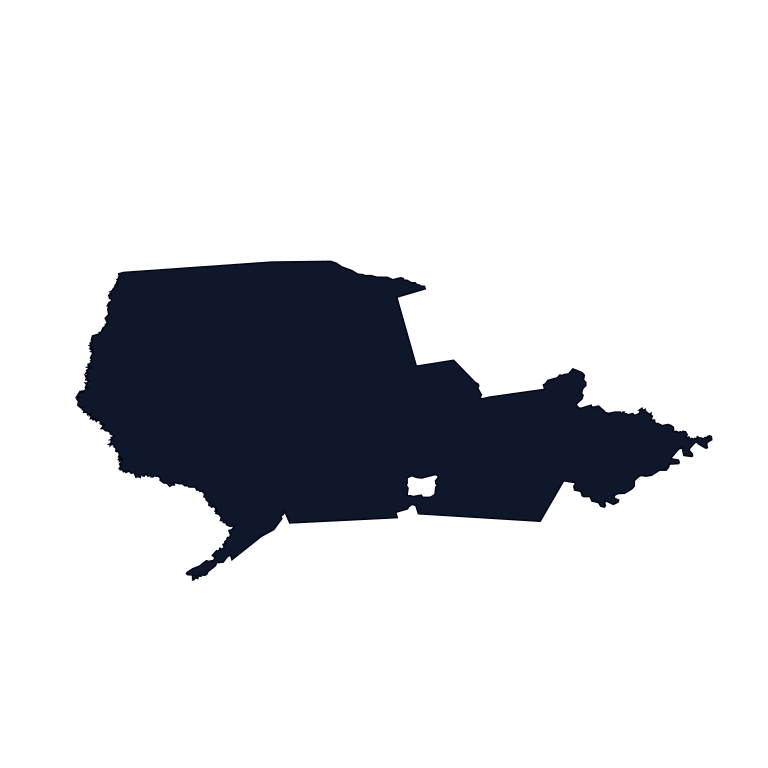 Corumbá, Mato Grosso do Sul, Brazil (Equal Earth projection), rotated 254°
{"feature_id": "56859067B41518599225549", "entity_name": "Corumbá", "entity_type": "district", "adm_level": 2, "iso_a3": "BRA", "parent_name": "Brazil", "parent_adm1": "Mato Grosso do Sul", "projection": "equal_earth", "projection_center": [-56.958, -19.058], "detail": "fine", "context": "isolated", "style": "filled", "palette": "ink", "viewbox_px": 768, "rotation_deg": 254, "n_neighbors": 0, "source": "geoboundaries", "source_scale": "gbopen_adm2", "svg_char_len": 6134}
<svg xmlns="http://www.w3.org/2000/svg" viewBox="0 0 768 768"><g transform="rotate(254 384 384)"><path d="M532.2,309.5L563.0,164.5L563.1,159.3L559.9,159.4L560.1,158.4L559.2,158.6L558.0,156.2L557.1,157.2L555.7,155.2L553.7,155.6L553.3,154.7L554.1,154.2L552.4,152.3L551.7,153.0L551.3,152.2L551.2,153.1L549.7,149.3L548.8,149.4L548.1,146.2L547.4,147.3L545.7,146.5L546.3,145.5L544.9,145.1L545.2,143.8L541.8,143.8L541.3,145.5L538.4,144.7L538.1,142.1L535.4,139.5L534.7,140.9L531.9,139.0L526.8,138.6L524.0,134.1L520.2,134.8L517.8,134.1L518.1,132.7L516.3,132.0L515.6,130.1L513.9,129.2L514.8,128.8L511.9,126.6L511.7,124.2L510.6,124.6L510.6,117.1L507.2,114.9L507.2,115.9L505.8,115.4L504.3,112.9L503.1,114.4L502.2,111.4L500.8,113.2L499.6,111.4L498.7,113.3L498.2,111.5L496.5,113.4L496.0,111.2L494.5,113.0L489.9,109.0L488.3,110.1L487.4,108.6L486.5,109.6L484.5,106.5L484.5,104.9L482.6,104.8L481.7,106.1L481.9,103.3L480.3,105.3L479.0,101.9L478.2,102.4L476.3,100.2L476.2,101.9L474.9,102.7L474.4,100.8L473.0,100.9L474.5,99.3L471.3,99.5L470.2,98.5L468.7,101.7L466.6,98.2L467.2,97.2L465.3,97.9L463.8,96.6L462.5,98.3L462.8,96.0L460.9,96.2L459.9,92.8L460.4,91.7L459.0,91.8L460.7,89.8L455.9,84.5L455.4,87.1L454.2,84.6L451.5,85.6L448.0,83.8L444.7,86.0L444.9,87.7L443.1,86.9L440.6,88.4L439.5,87.5L438.8,90.8L436.1,90.7L436.6,93.4L434.9,92.3L435.1,93.8L433.5,93.5L431.6,92.2L431.4,94.5L430.3,94.2L430.8,96.2L429.6,95.5L429.5,96.7L427.3,97.1L428.1,98.6L427.2,100.5L426.0,101.2L424.1,100.2L422.9,101.5L423.0,102.8L421.6,102.3L421.5,103.4L419.1,99.8L418.5,101.9L415.8,103.4L415.2,105.4L412.9,107.7L411.7,107.0L408.7,110.2L407.8,109.2L407.8,107.0L406.1,107.5L405.8,105.5L405.3,106.7L402.2,104.9L401.8,103.0L401.1,104.3L400.3,103.9L401.2,105.9L398.7,108.4L398.2,107.2L395.9,108.8L393.5,107.6L392.5,108.5L393.0,109.9L390.7,110.2L388.8,110.2L387.1,108.7L386.5,110.5L384.6,108.0L384.1,109.2L382.9,108.6L383.5,110.3L382.6,111.3L380.1,107.9L378.7,109.2L379.0,107.9L376.4,107.9L376.0,106.2L374.3,106.7L373.6,109.0L371.5,109.3L371.4,111.0L370.1,111.6L370.7,114.8L367.9,116.4L367.9,119.3L362.8,119.8L362.7,122.5L361.3,123.9L363.8,125.3L363.6,127.1L362.4,126.7L361.5,127.9L363.2,130.6L360.6,131.5L360.3,135.0L359.0,134.4L358.4,136.3L359.0,137.7L357.4,141.8L354.8,143.3L353.4,142.2L349.5,145.1L348.4,148.1L344.7,149.8L345.4,152.4L344.7,154.7L345.9,155.1L347.2,153.9L347.4,155.1L344.5,159.7L343.9,162.5L341.0,164.6L340.2,167.7L338.8,168.0L336.9,174.2L333.7,174.7L333.0,176.9L331.6,177.4L330.9,180.0L329.2,180.4L328.9,181.8L325.1,179.8L324.2,181.4L321.8,181.1L318.3,183.2L315.7,182.2L313.6,184.6L312.9,183.9L313.5,186.0L315.0,186.6L312.4,186.8L311.2,188.1L308.8,187.1L309.0,188.4L308.1,188.4L308.1,186.7L306.9,187.5L306.0,186.7L304.0,189.6L300.5,190.9L297.8,189.1L296.9,191.9L295.3,191.3L293.9,193.9L292.0,193.9L289.6,196.8L288.8,201.3L285.9,197.5L285.9,194.5L281.3,194.9L279.1,193.3L279.6,191.3L277.2,189.5L276.3,187.4L274.7,187.4L274.1,185.0L270.6,185.3L269.9,181.5L271.3,181.1L269.6,179.6L269.0,177.8L269.9,177.1L266.5,171.7L263.8,173.7L261.4,171.6L261.8,166.4L263.1,164.6L259.8,156.3L259.2,149.5L257.2,142.9L256.1,141.8L254.7,142.9L253.2,147.3L248.4,146.0L248.2,147.2L249.7,149.4L248.7,150.9L250.3,150.6L249.1,151.8L250.6,152.8L249.6,155.1L250.9,155.4L249.5,159.3L250.5,162.0L252.0,162.6L255.8,172.0L258.3,173.7L257.1,180.4L261.5,186.2L261.5,189.4L257.0,189.4L271.4,224.2L274.4,237.8L282.7,248.7L285.4,248.3L286.4,251.4L288.6,253.5L276.4,255.1L251.9,359.9L257.4,359.9L257.5,372.3L259.2,373.8L260.5,377.6L258.6,381.1L249.8,381.3L209.0,496.3L241.4,530.0L236.2,541.2L233.2,538.2L229.5,538.0L226.6,543.6L222.0,543.7L220.7,544.9L219.0,551.1L214.2,551.6L211.0,557.4L206.7,558.8L204.9,561.8L206.0,563.3L209.1,563.3L210.3,565.3L205.1,571.2L205.9,576.3L207.7,577.6L210.6,574.0L213.3,574.7L214.2,578.4L212.6,585.2L214.9,593.4L216.9,596.4L222.2,598.1L225.0,603.7L225.2,605.9L223.2,610.5L222.5,615.9L225.2,625.1L223.4,631.5L225.4,634.5L228.3,636.3L226.3,645.2L227.1,646.2L229.8,646.0L232.3,640.5L233.9,639.7L240.2,649.3L240.4,653.1L232.7,652.5L229.5,659.7L229.7,660.7L231.8,661.2L235.4,659.3L237.5,659.6L242.0,666.7L241.7,669.1L239.9,669.6L233.6,675.6L233.6,677.3L237.6,677.6L238.9,679.2L240.1,683.7L243.3,684.2L244.6,682.4L243.7,681.3L244.4,680.4L243.1,679.4L244.1,678.1L243.1,675.0L244.6,674.5L245.1,672.4L247.0,670.7L245.1,669.3L246.0,667.8L245.0,667.4L247.0,664.5L246.5,662.8L248.9,662.6L249.2,660.6L250.7,659.7L251.5,661.5L254.9,660.7L256.1,658.3L255.5,656.7L256.5,655.7L256.2,653.5L258.0,652.2L257.8,650.3L259.1,649.4L262.5,650.3L264.9,648.6L266.8,645.9L267.3,639.9L270.5,636.5L271.4,633.7L274.8,634.1L275.3,631.9L276.4,631.0L279.1,633.1L281.1,631.8L282.2,632.6L281.8,630.7L285.4,628.1L287.7,628.0L287.3,626.5L288.1,625.3L289.6,625.3L288.6,622.4L288.4,623.2L285.5,621.4L284.6,617.9L285.3,615.8L287.0,615.0L287.2,609.3L288.5,609.1L288.8,607.4L290.4,606.3L290.8,607.0L291.2,605.8L290.3,604.8L291.1,603.1L291.9,603.3L293.4,598.1L293.8,592.8L292.5,592.0L293.0,590.9L293.8,592.0L296.2,587.9L297.0,588.4L303.7,584.1L303.9,581.4L302.8,579.9L303.9,579.9L304.7,577.1L306.5,577.3L306.4,566.6L307.2,564.8L310.6,563.0L312.2,564.2L315.2,570.3L318.4,572.3L319.1,571.3L321.9,572.0L324.9,573.9L326.9,577.6L329.8,578.4L333.0,576.9L337.2,579.0L340.3,577.6L346.5,569.7L342.8,564.3L343.5,559.3L342.9,557.8L344.2,555.5L342.2,552.3L342.3,542.5L339.6,539.0L339.3,537.0L334.6,537.0L342.3,481.9L342.7,473.6L345.1,472.8L346.7,474.7L354.1,472.9L356.4,474.7L358.5,474.2L360.0,472.3L387.6,457.5L392.2,420.0L463.9,420.2L464.1,449.9L466.7,449.8L468.1,445.9L469.5,445.3L470.2,443.1L472.7,441.9L473.8,438.1L477.2,435.0L478.3,431.9L480.1,431.6L481.5,429.4L481.8,421.2L485.7,416.5L488.6,406.6L491.8,401.5L493.3,395.8L495.2,393.5L496.6,389.3L501.8,384.4L508.4,375.5L513.2,371.5L516.6,366.6L532.2,309.5ZM269.3,378.8L270.0,375.8L271.4,375.8L277.3,378.4L280.6,377.4L282.3,379.0L287.4,380.3L288.2,385.5L285.3,389.4L283.2,394.4L282.8,408.3L280.8,410.8L278.7,409.8L276.8,406.9L273.9,406.3L271.9,407.8L270.7,405.4L263.7,402.5L262.4,397.8L262.7,395.7L264.4,389.9L266.9,389.2L267.8,380.9L269.3,378.8ZM384.1,109.2L385.1,110.0L384.4,111.4L384.3,110.7L384.1,109.2Z" fill="#0f172a" stroke="#020617" stroke-width="1.5"/></g></svg>